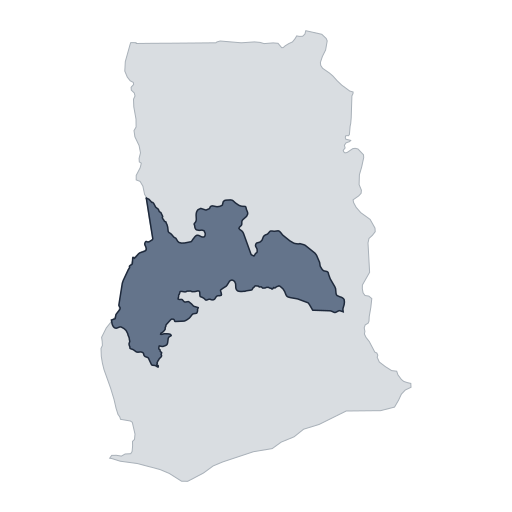 where Brong Ahafo sits in Ghana
{"feature_id": "GHA-2159", "entity_name": "Brong Ahafo", "entity_type": "Region", "adm_level": 1, "iso_a3": "GHA", "parent_name": "Ghana", "parent_adm1": "", "projection": "albers", "projection_center": [-1.701, 7.588], "detail": "fine", "context": "in_parent", "style": "filled", "palette": "slate", "viewbox_px": 512, "rotation_deg": 0, "n_neighbors": 0, "source": "natural_earth", "source_scale": "10m", "svg_char_len": 8695}
<svg xmlns="http://www.w3.org/2000/svg" viewBox="0 0 512 512"><path d="M321.8,34.3L326.2,38.5L327.2,40.9L325.6,50.0L322.4,56.4L320.4,62.4L320.7,65.4L322.6,68.3L329.4,73.0L332.9,76.0L337.0,80.6L341.7,85.1L349.7,91.0L353.1,92.0L353.0,93.6L351.9,95.9L351.2,117.8L350.7,123.5L350.1,126.3L349.4,134.5L348.5,135.7L347.0,135.6L345.6,135.9L345.3,137.5L345.8,139.2L350.7,140.4L349.6,141.6L346.1,142.8L344.4,145.2L345.1,148.0L343.2,150.3L343.7,151.8L345.0,152.9L347.1,152.5L352.7,148.7L355.1,148.3L358.0,149.0L363.5,154.8L363.7,157.6L361.6,167.2L359.4,174.7L359.1,184.6L361.4,190.2L361.1,193.3L358.7,195.9L353.1,199.8L353.5,202.4L356.1,207.3L360.8,212.7L370.1,219.4L375.0,228.1L375.2,231.7L372.4,235.3L369.0,238.4L368.0,242.9L369.6,272.3L362.4,285.0L362.3,288.7L363.1,292.9L365.0,295.5L368.8,296.1L371.8,298.6L370.8,307.5L369.2,316.7L369.0,321.1L368.1,323.2L365.2,324.9L364.2,327.8L364.9,331.4L364.4,334.0L366.0,337.4L369.3,341.6L374.8,352.1L376.8,353.0L377.8,355.2L377.2,357.3L379.3,362.0L385.3,366.6L391.6,370.6L396.7,371.2L397.9,374.8L401.3,379.4L403.7,381.4L407.6,382.7L410.8,383.4L411.0,387.3L405.3,390.0L401.4,394.1L398.5,400.3L394.5,407.1L380.4,410.7L375.0,410.7L346.2,411.0L319.2,424.4L303.6,429.2L294.1,436.8L281.2,442.1L272.2,448.6L253.5,451.7L222.8,461.9L213.2,465.9L203.5,473.0L187.7,481.3L181.5,481.2L169.2,473.4L159.9,469.5L137.2,463.5L120.2,461.2L112.0,458.6L109.7,458.2L111.7,455.4L116.4,455.3L121.4,456.1L125.1,454.0L130.7,453.7L132.1,451.5L132.6,445.9L132.5,441.4L134.5,439.4L135.0,434.1L132.3,422.3L130.4,421.0L120.5,419.3L119.8,416.9L118.0,414.4L116.1,408.4L114.0,399.3L110.6,388.1L104.0,369.6L102.4,363.1L101.3,356.4L101.0,348.4L102.4,345.5L102.2,341.4L101.6,337.3L106.3,327.9L115.5,316.4L117.5,312.3L119.2,309.4L119.4,305.2L121.1,291.8L125.5,275.6L128.3,269.5L130.2,266.2L132.4,260.8L133.0,258.2L141.4,251.9L145.3,250.2L146.2,247.7L144.9,245.0L145.4,243.1L147.4,242.2L150.5,241.4L152.8,238.8L149.3,218.8L146.5,198.9L146.3,197.2L144.6,194.4L142.9,186.2L140.1,181.4L136.2,179.9L136.2,175.4L140.2,167.7L141.3,163.2L139.3,161.9L139.1,158.4L140.5,152.8L139.8,149.3L139.1,145.6L134.9,136.8L134.0,130.6L136.1,127.0L136.0,119.1L133.8,106.9L133.5,99.2L135.0,96.0L134.3,93.0L131.3,90.1L131.1,87.3L133.6,84.5L133.3,82.4L130.2,80.8L127.3,77.1L124.8,71.1L125.3,61.6L130.2,44.1L130.8,42.6L136.1,42.7L136.2,43.5L152.9,43.3L172.1,43.2L195.0,43.0L215.9,42.8L216.8,42.0L220.2,41.0L241.3,42.8L254.4,41.9L260.0,42.4L264.1,43.6L273.2,42.9L278.0,43.3L281.7,47.7L283.2,47.6L285.2,45.8L288.8,43.6L292.5,41.9L295.2,38.5L296.7,35.9L299.2,36.4L302.6,36.3L304.9,34.1L305.8,30.7L321.8,34.3Z" fill="#d9dde1" stroke="#a8b0b8" stroke-width="1"/><path d="M148.2,242.0L149.2,241.7L152.3,239.8L152.8,238.8L146.5,199.4L146.1,198.2L146.5,198.0L146.7,198.3L147.5,198.6L149.0,199.3L151.8,202.4L152.1,202.3L152.7,202.4L153.7,203.4L155.7,207.2L158.3,209.2L159.3,211.6L160.9,212.6L162.7,216.4L162.3,217.7L162.9,218.9L163.7,219.9L164.5,221.4L165.8,221.8L166.1,222.4L166.2,223.1L167.0,224.6L167.7,227.1L168.2,231.5L168.9,232.5L170.8,233.7L171.8,234.7L173.8,237.1L175.9,238.3L177.7,241.3L178.9,242.4L181.4,243.1L184.5,243.0L191.1,241.7L191.8,241.0L193.0,239.1L193.6,238.5L194.4,237.3L195.6,236.0L197.0,235.2L198.7,235.4L201.5,236.8L203.0,237.1L204.3,236.8L205.0,235.8L205.2,234.6L205.2,233.3L204.0,230.7L201.9,230.1L199.2,230.4L196.6,229.9L195.8,229.3L195.2,228.3L194.8,227.1L194.7,225.8L194.1,224.1L194.4,223.4L195.4,222.3L196.1,220.8L196.3,219.4L196.1,215.2L196.2,213.7L196.5,212.2L197.1,210.9L198.0,209.7L200.8,208.4L206.0,210.1L208.0,209.2L208.9,208.9L209.6,208.3L210.4,206.6L211.3,206.1L212.1,205.9L212.7,205.9L216.8,206.7L217.5,206.7L220.0,206.3L221.9,205.4L222.4,205.0L223.2,201.8L223.9,201.0L225.0,200.3L226.7,200.1L230.5,199.9L232.1,200.2L233.0,200.7L235.4,202.9L238.9,205.3L240.7,206.0L242.2,206.3L244.7,206.4L245.3,206.5L245.7,206.8L246.1,207.9L246.4,209.4L247.4,211.8L247.7,212.9L247.7,214.0L246.7,216.1L246.3,216.6L242.7,219.8L242.3,220.4L242.0,221.0L241.8,221.8L241.8,224.1L241.6,224.9L241.0,225.7L239.7,226.9L239.3,227.5L238.9,228.4L239.9,229.6L241.8,230.9L242.8,232.1L243.5,233.4L251.0,254.2L251.4,254.8L253.9,256.0L254.9,254.7L255.5,253.5L256.8,252.6L257.0,252.2L257.2,251.4L257.1,249.3L256.7,248.3L255.7,246.5L255.5,245.7L255.7,244.4L256.2,243.5L256.7,243.0L259.6,242.2L260.5,241.7L262.0,240.2L263.4,236.7L264.0,235.9L265.2,235.0L267.5,234.1L268.4,233.1L269.8,231.5L270.2,231.2L270.7,231.0L272.0,231.0L274.2,231.3L278.1,230.8L278.9,231.0L279.8,231.6L280.9,232.8L282.6,235.0L289.8,240.8L293.7,243.1L295.0,243.5L297.8,243.9L299.1,243.9L299.8,243.6L303.8,244.7L305.2,245.3L314.9,253.1L315.7,254.1L316.6,255.4L319.6,262.4L320.1,265.7L320.3,266.4L322.2,269.5L323.4,270.6L324.1,270.9L326.9,271.5L327.7,272.0L328.1,272.5L328.4,273.2L328.5,274.1L330.2,278.8L334.8,286.7L335.6,288.7L336.0,293.3L336.4,294.7L337.0,295.5L339.6,296.7L341.5,297.3L342.5,297.9L343.4,298.6L344.1,299.5L344.4,301.6L344.4,302.5L344.1,304.7L343.0,308.4L342.9,309.6L343.2,311.8L339.9,310.7L339.5,310.7L339.0,310.7L337.9,311.2L336.6,311.9L335.6,312.4L334.7,312.5L334.2,312.4L331.8,311.3L330.3,310.8L312.7,310.2L309.5,304.7L308.2,302.9L307.8,302.7L297.6,298.9L290.3,297.6L288.1,297.0L287.1,296.4L286.6,295.9L285.9,294.7L284.7,291.6L283.1,289.0L281.8,287.8L280.2,286.4L279.3,285.9L278.8,285.8L278.2,286.2L276.8,286.6L276.2,287.0L275.1,287.9L274.2,287.9L273.8,287.5L273.5,287.6L272.8,288.7L272.1,289.1L271.8,289.0L271.5,288.5L269.6,288.0L268.3,287.3L266.3,287.4L265.4,287.9L265.1,288.0L262.7,288.1L262.1,287.6L261.5,287.0L261.2,286.8L259.4,287.0L259.1,286.9L258.5,286.2L258.1,286.1L255.5,285.8L255.1,285.9L254.2,287.0L252.9,288.1L252.2,289.4L251.8,289.9L250.5,290.2L246.4,290.8L244.9,291.3L243.6,291.3L242.0,291.5L240.5,291.5L238.9,291.3L237.6,290.9L236.8,290.1L236.4,289.6L236.0,288.6L235.8,287.9L235.6,283.8L234.7,281.7L233.9,280.9L232.9,280.3L232.3,280.1L231.4,280.1L230.1,280.7L229.4,281.4L227.1,285.1L226.2,286.2L222.9,288.3L220.6,290.0L220.5,290.4L220.5,290.8L221.1,292.5L221.5,294.5L221.2,295.3L219.8,295.7L218.2,295.7L217.3,295.9L216.7,296.3L216.0,297.0L214.9,298.8L214.4,299.3L213.4,299.8L212.3,299.9L211.1,299.7L210.0,299.2L209.5,299.2L208.7,299.3L206.8,300.0L206.1,300.1L205.7,300.0L205.4,299.8L204.5,298.8L203.6,298.1L202.1,297.3L200.3,296.6L200.0,296.0L199.9,295.2L199.7,292.1L199.3,291.3L198.7,291.0L197.8,290.9L195.1,291.6L192.5,291.7L191.4,291.5L190.6,291.0L190.2,291.0L189.1,291.1L187.4,291.1L186.9,291.2L185.9,291.8L184.9,291.9L181.6,291.4L180.7,291.4L180.1,291.6L179.3,294.2L178.7,295.0L178.6,295.8L178.6,297.0L178.2,298.0L178.1,299.0L179.0,299.4L179.8,299.5L181.5,299.4L182.2,299.6L184.0,301.6L185.0,302.1L188.0,301.6L188.6,301.6L191.5,303.9L193.3,305.9L193.9,306.3L198.2,307.6L198.1,308.2L197.5,309.4L197.6,310.9L197.0,312.7L196.6,313.2L195.3,313.5L193.8,313.7L192.6,314.1L191.9,314.9L190.2,317.1L189.3,318.1L187.4,319.5L185.5,320.6L184.1,321.1L175.6,321.5L174.9,321.4L174.7,321.2L174.2,319.8L173.9,319.5L173.4,319.2L171.9,319.1L171.4,319.2L170.6,319.8L166.2,324.7L165.9,325.3L165.9,326.1L165.2,327.6L165.2,329.1L164.5,330.3L163.1,331.8L162.3,332.4L161.0,333.1L160.8,333.3L160.6,334.3L161.0,334.4L161.8,334.4L164.3,333.7L167.8,333.8L169.2,334.0L170.0,334.2L170.6,334.5L171.0,335.1L171.2,335.4L171.1,335.7L169.4,336.7L168.6,337.5L168.2,338.5L167.6,343.0L167.0,344.5L166.5,345.0L165.4,345.6L163.2,346.4L162.5,346.5L161.6,346.4L159.3,345.9L159.1,346.1L158.8,348.0L158.8,348.8L159.0,349.1L159.9,349.6L160.3,351.5L161.4,352.3L161.7,352.8L161.1,354.3L161.5,355.2L161.6,355.9L161.1,356.9L159.2,358.8L158.7,359.9L158.1,360.5L157.7,361.6L157.1,362.5L157.3,363.6L157.0,364.0L156.8,364.7L157.2,365.2L158.0,365.4L158.2,365.7L158.3,366.3L158.2,367.0L157.6,367.0L156.1,366.0L155.0,365.5L152.2,365.2L151.5,364.7L148.4,358.1L147.7,357.5L145.2,356.6L144.5,356.0L144.1,355.5L143.8,354.8L143.5,353.4L142.8,352.6L141.9,352.2L140.7,351.9L138.0,352.2L137.1,352.1L136.3,351.9L133.3,349.7L132.6,349.4L130.8,348.8L130.1,348.4L129.9,348.1L129.9,347.0L129.2,345.2L129.0,343.9L129.2,343.1L129.8,341.4L129.3,339.1L129.2,337.9L128.0,335.0L127.7,333.6L126.1,330.5L124.2,328.7L122.1,327.5L121.1,327.0L120.3,326.9L119.6,327.0L116.6,328.2L115.3,328.1L114.4,327.7L113.3,326.6L112.6,325.3L112.1,323.9L111.4,320.0L115.0,318.8L115.3,318.3L115.9,314.7L116.3,314.0L119.5,310.0L120.1,308.7L120.1,307.7L119.4,306.5L118.9,305.6L118.9,304.7L122.3,283.2L123.3,280.3L128.4,269.5L129.6,267.7L129.4,266.5L129.5,266.1L130.1,265.5L131.6,264.6L132.2,264.0L132.4,263.2L132.7,258.0L132.9,257.4L133.4,257.4L133.8,257.7L134.3,258.3L135.4,257.4L138.6,253.7L139.9,252.8L144.1,251.4L145.5,250.7L146.2,249.8L146.3,248.5L145.8,246.9L144.9,244.8L144.7,243.9L145.0,242.8L145.5,241.9L146.0,241.5L146.5,241.5L147.4,241.9L148.2,242.0Z" fill="#64748b" stroke="#1e293b" stroke-width="1.5"/></svg>